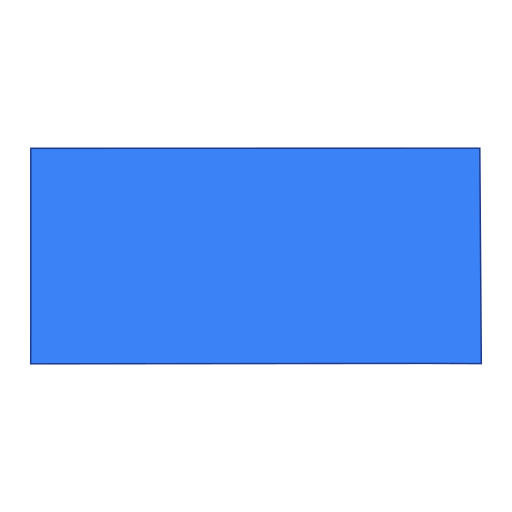 the district of Perkins, Nebraska, United States of America
{"feature_id": "52423323B31196592045480", "entity_name": "Perkins", "entity_type": "district", "adm_level": 2, "iso_a3": "USA", "parent_name": "United States of America", "parent_adm1": "Nebraska", "projection": "natural_earth1", "projection_center": [-101.706, 40.851], "detail": "fine", "context": "isolated", "style": "filled", "palette": "blue", "viewbox_px": 512, "rotation_deg": 0, "n_neighbors": 0, "source": "geoboundaries", "source_scale": "gbopen_adm2", "svg_char_len": 224}
<svg xmlns="http://www.w3.org/2000/svg" viewBox="0 0 512 512"><path d="M479.8,148.2L30.8,148.3L30.8,149.3L30.8,327.2L30.7,363.8L426.7,363.4L481.3,363.6L479.8,148.2Z" fill="#3b82f6" stroke="#1e3a8a" stroke-width="1.5"/></svg>